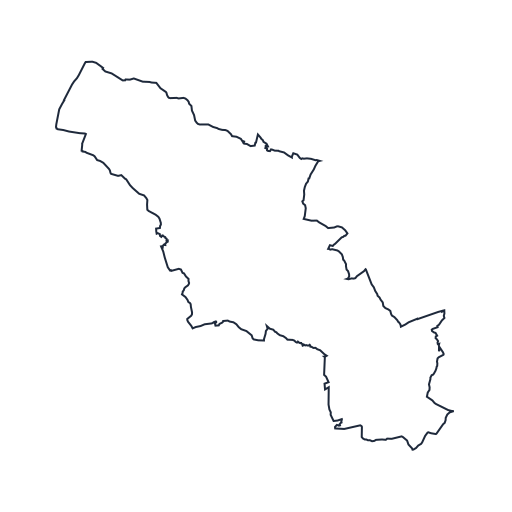 the district of Slivilesti, Gorj, Romania, rotated 185°
{"feature_id": "2599482B46387376395238", "entity_name": "Slivilesti", "entity_type": "district", "adm_level": 2, "iso_a3": "ROU", "parent_name": "Romania", "parent_adm1": "Gorj", "projection": "orthographic", "projection_center": [23.089, 44.793], "detail": "fine", "context": "isolated", "style": "outline", "palette": "slate", "viewbox_px": 512, "rotation_deg": 185, "n_neighbors": 0, "source": "geoboundaries", "source_scale": "gbopen_adm2", "svg_char_len": 6036}
<svg xmlns="http://www.w3.org/2000/svg" viewBox="0 0 512 512"><g transform="rotate(185 256 256)"><path d="M436.0,435.3L442.6,434.4L443.3,433.1L448.3,420.7L449.9,417.5L452.4,414.1L454.2,410.8L460.9,394.5L460.6,394.3L462.4,390.7L464.8,385.0L466.4,370.0L466.5,367.0L466.0,366.5L465.9,365.6L464.5,365.0L458.9,364.7L453.1,363.7L442.4,363.0L437.1,363.1L436.1,362.7L439.0,352.6L438.8,351.8L438.9,345.7L438.0,345.5L437.9,345.0L435.0,344.8L433.9,344.1L427.0,342.2L425.5,341.3L422.6,337.7L419.6,337.1L416.2,335.5L410.0,329.9L409.0,328.5L408.2,326.1L407.5,325.2L400.4,323.8L397.2,324.8L393.1,321.5L392.0,321.1L387.7,315.6L384.7,312.9L377.8,307.8L372.8,306.6L370.3,304.1L369.1,302.3L369.0,297.7L368.3,292.6L366.7,291.4L359.6,288.4L356.7,286.5L355.4,284.8L353.7,280.7L353.5,278.9L354.1,277.8L354.2,275.5L357.9,274.6L357.5,271.8L356.9,269.6L355.9,270.2L353.7,269.4L353.4,267.7L352.0,266.8L351.2,268.3L350.7,268.4L350.1,267.7L348.1,266.9L347.9,266.1L346.8,265.6L346.4,265.1L346.5,263.8L345.5,263.8L345.8,263.2L345.2,262.9L345.3,262.4L346.2,262.2L346.3,261.7L347.6,260.2L347.3,259.0L347.7,259.0L348.0,259.6L348.7,259.4L349.7,258.0L349.7,256.9L350.6,257.5L351.4,257.3L348.8,252.4L346.8,246.6L342.9,237.1L340.4,234.1L339.6,234.5L339.1,233.8L331.8,236.5L329.6,236.0L327.7,232.8L326.2,232.4L324.0,229.5L321.2,227.3L321.1,225.2L320.3,223.3L320.4,222.5L321.2,220.8L323.6,218.8L324.6,217.5L325.0,215.5L325.9,214.2L325.9,212.9L326.4,211.3L322.7,209.0L320.4,206.3L319.4,204.3L317.6,203.3L316.9,202.3L316.4,199.6L314.8,194.3L314.7,192.4L315.3,190.9L319.0,187.3L318.9,186.3L318.0,184.6L314.4,180.8L312.8,178.4L309.8,180.0L305.1,181.4L301.2,183.5L294.2,185.0L292.2,186.1L292.3,186.4L290.5,187.3L290.0,187.2L289.9,186.4L291.1,185.5L290.3,183.1L287.1,183.6L286.4,185.2L284.0,186.6L283.0,187.8L283.0,188.4L278.5,189.2L276.5,188.4L272.7,188.0L269.6,186.3L267.0,183.6L264.4,181.8L259.0,180.4L253.4,176.6L252.2,173.7L251.0,172.7L246.4,172.2L240.7,172.5L240.8,173.9L239.7,179.3L239.6,182.2L238.1,184.5L239.1,187.2L235.9,184.8L232.4,184.1L230.3,182.1L229.0,181.8L228.2,180.9L225.4,179.2L221.8,178.5L218.9,176.8L217.4,175.4L212.3,175.6L210.5,175.1L208.9,173.8L207.6,173.3L206.9,173.7L206.7,174.3L205.1,173.2L203.4,173.3L203.2,172.7L201.6,172.1L201.8,171.4L201.4,171.3L201.4,170.9L200.4,171.4L200.3,171.8L199.1,171.2L198.1,171.6L196.9,171.3L195.6,171.4L194.8,172.2L194.2,171.6L193.9,170.4L192.6,170.3L190.8,169.4L188.7,169.7L186.9,168.5L183.9,167.7L179.3,164.1L176.9,162.8L178.2,161.9L179.2,161.7L178.6,161.3L177.8,143.5L175.7,141.9L172.7,136.6L176.6,134.8L175.6,129.1L172.1,131.6L170.8,114.4L169.5,109.5L167.9,106.8L167.8,104.3L164.3,98.4L160.4,99.2L156.3,101.0L156.2,100.7L156.6,98.7L156.3,97.6L156.9,97.3L158.1,95.6L157.6,94.6L158.6,94.2L160.7,94.8L162.4,92.6L162.1,91.1L153.0,91.4L137.4,96.4L136.1,95.8L135.6,95.0L134.9,84.9L133.5,83.5L131.7,82.7L130.0,82.8L128.5,82.2L126.5,82.4L124.2,81.6L122.1,82.1L120.4,83.3L114.5,84.2L110.7,84.2L109.4,85.5L104.9,85.7L95.2,89.0L93.8,88.4L89.4,85.3L87.7,81.5L83.8,78.0L83.2,76.7L82.3,76.9L79.8,78.7L77.9,81.3L75.1,83.3L74.2,84.9L71.8,91.6L69.7,95.0L69.0,95.4L66.2,94.7L61.3,94.3L60.7,94.8L54.9,104.8L53.5,106.2L52.8,109.0L52.9,111.3L51.6,114.8L49.4,117.1L45.5,118.7L47.8,118.7L51.3,119.3L63.7,124.2L65.3,125.1L67.7,127.5L73.5,130.7L73.0,135.0L71.5,137.7L71.6,140.3L72.5,143.2L71.5,148.7L71.7,149.9L70.6,152.6L69.4,153.1L68.6,154.2L67.2,157.3L66.5,159.9L66.4,161.4L65.9,162.3L66.0,165.0L66.5,166.5L66.2,169.8L65.2,171.0L60.7,173.9L60.5,174.7L61.3,176.3L64.8,180.7L65.2,177.9L65.5,177.9L65.8,182.0L66.1,182.9L65.9,184.4L66.9,183.9L67.2,184.1L67.6,185.5L67.2,187.1L68.6,188.8L69.9,189.8L69.9,191.5L68.6,192.4L70.5,195.1L71.9,195.3L74.1,196.6L74.5,197.9L73.7,198.7L68.9,200.9L69.3,202.1L67.7,203.5L65.2,208.0L62.9,210.7L63.7,212.7L63.3,215.1L63.7,218.3L65.2,217.8L65.4,217.0L66.0,216.6L66.5,217.3L69.5,216.2L89.6,207.2L89.8,207.6L98.1,203.3L101.2,200.8L105.5,198.2L106.1,200.3L107.8,202.4L108.5,202.7L109.7,204.4L112.8,207.2L115.4,208.5L116.4,210.1L117.4,213.0L119.5,214.3L122.6,215.4L124.8,217.3L125.7,220.8L128.1,223.4L129.3,225.4L131.4,227.0L131.9,228.6L134.2,231.6L135.9,235.1L138.3,237.8L145.4,252.2L145.7,252.4L147.1,250.3L153.7,244.7L155.1,242.6L156.7,242.0L158.9,242.0L161.8,240.9L163.4,241.1L162.5,241.5L161.4,243.8L161.7,246.0L163.0,249.0L164.6,250.4L165.5,253.8L165.6,255.7L167.8,259.2L168.8,259.9L169.4,262.5L170.6,265.1L173.8,267.8L175.4,268.6L180.7,269.4L182.6,268.8L183.7,269.4L184.7,269.4L183.3,273.2L180.4,272.7L179.5,274.0L178.2,275.1L172.3,282.0L170.7,282.7L169.8,283.8L168.6,284.0L166.9,286.5L169.4,289.4L172.9,292.0L176.6,292.7L177.9,292.6L180.6,291.2L186.6,290.1L189.2,291.9L196.0,295.0L198.5,296.6L203.8,296.0L211.7,297.1L210.9,300.0L210.6,307.9L211.5,310.9L213.6,312.3L214.6,314.5L213.5,315.7L213.3,321.4L213.9,325.2L213.4,328.9L212.4,332.4L210.8,334.7L210.4,337.8L209.7,338.0L208.7,342.0L206.0,347.2L204.6,351.2L202.3,355.8L200.9,356.3L203.9,356.9L205.0,356.6L209.7,357.6L213.8,357.7L216.8,357.1L218.4,357.3L219.3,356.6L220.9,357.5L223.7,360.6L227.8,361.6L229.0,357.9L228.9,357.3L232.8,359.0L237.1,361.6L242.0,362.4L242.8,362.8L246.5,362.6L249.6,363.5L250.5,363.4L250.5,363.0L251.2,361.7L253.1,361.7L254.2,362.2L254.3,363.8L256.1,364.4L255.8,365.2L256.0,366.5L255.3,367.2L254.3,365.9L253.6,366.1L255.3,368.8L258.5,370.4L259.2,371.9L261.3,373.5L261.5,374.1L264.7,377.2L265.9,369.0L266.5,368.8L266.9,365.9L271.0,365.0L274.8,366.8L277.7,366.9L278.3,367.4L277.8,369.0L279.1,369.4L279.4,369.0L281.3,371.4L285.8,373.1L290.3,373.3L291.5,375.1L295.2,378.1L297.4,378.8L300.7,378.7L304.4,379.3L305.8,380.0L310.0,380.8L315.0,382.9L323.4,382.1L325.3,382.5L326.7,383.6L328.4,385.6L330.0,391.0L332.5,395.3L333.4,399.8L335.9,401.9L336.5,403.7L337.8,405.2L340.0,406.7L342.0,407.2L346.8,406.2L348.9,406.6L355.1,405.8L356.6,406.0L357.4,406.7L358.6,408.5L359.5,410.9L360.0,411.5L365.8,414.8L370.4,419.8L375.1,419.7L377.3,420.1L384.0,419.8L393.2,422.2L397.0,420.7L401.3,420.5L401.7,419.6L404.1,419.3L415.7,425.3L422.2,426.7L425.2,429.0L424.7,430.0L432.1,434.5L436.0,435.3Z" fill="none" stroke="#1e293b" stroke-width="2"/></g></svg>